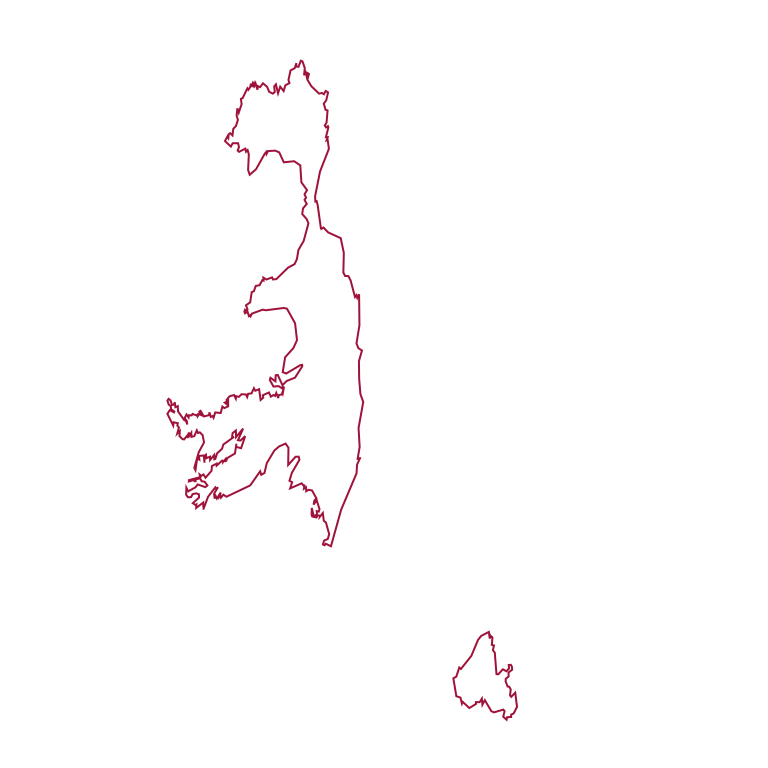 Værøy nor, Norway, rotated 108°
{"feature_id": "86288312B52145854471889", "entity_name": "Værøy nor", "entity_type": "district", "adm_level": 2, "iso_a3": "NOR", "parent_name": "Norway", "parent_adm1": "", "projection": "robinson", "projection_center": [12.676, 67.694], "detail": "fine", "context": "isolated", "style": "outline", "palette": "rose", "viewbox_px": 768, "rotation_deg": 108, "n_neighbors": 0, "source": "geoboundaries", "source_scale": "gbopen_adm2", "svg_char_len": 6167}
<svg xmlns="http://www.w3.org/2000/svg" viewBox="0 0 768 768"><g transform="rotate(108 384 384)"><path d="M516.8,385.9L477.4,382.5L469.0,384.7L462.0,383.9L462.4,385.6L464.3,385.8L451.4,387.7L433.7,394.6L407.5,398.2L400.9,403.3L386.8,409.2L370.0,414.9L359.0,415.3L357.8,419.5L353.9,422.7L335.8,425.5L306.4,435.4L310.4,436.0L308.0,437.7L310.2,438.5L295.9,447.7L292.4,451.2L293.3,454.4L290.6,457.1L271.8,462.7L258.7,470.2L257.1,483.9L253.9,489.9L255.7,491.4L254.3,492.0L255.9,491.9L234.3,502.4L230.9,504.6L231.7,505.6L227.0,507.5L201.7,510.5L177.3,509.1L169.1,513.1L169.9,513.9L166.6,513.8L167.2,515.5L157.1,516.2L156.1,517.0L157.9,518.4L156.4,520.2L153.2,519.4L141.3,522.2L141.2,524.4L135.9,527.9L132.0,526.6L124.0,527.3L123.3,530.0L127.0,530.7L126.4,533.0L127.9,535.4L123.2,545.2L118.2,550.9L112.3,551.2L111.9,552.8L115.1,552.8L110.1,555.8L115.2,555.4L107.9,557.0L102.4,561.2L102.2,563.0L108.7,563.3L109.3,565.6L105.9,566.5L111.2,566.5L114.7,569.8L124.4,568.8L127.0,566.9L130.4,570.1L136.4,570.0L133.3,574.6L140.3,574.6L132.4,579.4L134.9,580.4L140.0,578.1L142.2,579.5L141.6,583.5L137.5,587.0L135.4,592.0L140.0,593.6L139.6,596.2L143.3,595.2L137.7,599.1L140.1,599.3L138.2,600.5L140.5,600.6L138.9,601.8L142.4,601.8L139.5,603.4L142.9,603.0L146.1,603.9L145.0,605.3L155.8,606.8L157.0,608.2L161.9,605.9L170.9,606.0L167.1,608.6L174.1,607.2L177.9,604.6L184.3,604.5L187.9,606.2L194.4,604.9L193.0,607.8L194.4,608.9L198.1,608.1L196.9,609.4L202.1,610.3L205.5,603.0L201.8,602.3L200.1,597.2L203.6,595.1L207.2,595.3L208.0,593.6L203.0,588.6L205.7,587.0L203.7,586.0L207.4,583.5L222.4,579.4L226.5,576.4L219.4,572.1L201.9,568.6L199.7,567.7L201.4,566.8L198.3,566.3L195.7,559.6L196.1,555.2L204.1,547.8L199.9,538.3L201.9,531.2L217.7,524.9L223.4,517.1L228.1,518.2L230.9,515.7L233.4,516.5L236.6,513.1L242.0,515.3L247.6,514.3L251.1,508.4L254.6,505.5L272.8,504.6L283.0,506.8L292.2,505.4L297.6,506.1L303.0,511.2L317.5,518.8L318.9,521.9L317.2,523.4L321.0,528.2L320.1,531.6L322.9,530.5L322.9,531.8L328.5,532.9L330.4,536.3L335.9,536.4L337.5,538.2L347.7,536.5L351.8,539.6L355.2,536.9L356.8,537.8L356.3,539.1L358.2,539.2L359.7,538.0L357.4,536.1L361.2,533.4L360.0,532.6L360.8,531.8L357.9,531.4L350.8,522.4L350.4,519.2L342.6,502.7L342.4,499.5L353.8,487.3L369.2,480.3L377.9,481.3L389.1,486.3L404.0,484.0L404.3,480.3L392.0,469.5L391.1,467.8L392.4,467.2L405.5,470.6L411.2,477.5L416.5,480.2L408.2,487.9L409.2,489.7L415.0,488.1L413.2,493.9L415.5,493.8L420.6,488.3L418.6,483.7L419.7,479.3L418.0,479.5L418.2,478.2L424.1,477.4L423.3,478.0L425.5,478.0L427.2,480.8L430.1,480.2L425.8,483.7L429.0,483.9L428.6,485.7L431.0,487.7L427.6,490.8L432.2,495.8L434.3,494.6L437.3,496.4L427.5,501.2L430.2,504.3L428.2,506.4L433.9,507.1L435.3,510.2L438.7,510.1L436.6,512.1L437.8,516.4L441.1,518.1L441.3,520.8L443.7,520.4L440.8,523.2L443.4,527.1L447.9,528.8L449.1,527.7L450.9,529.7L451.8,527.4L449.0,526.8L453.4,525.3L456.2,528.4L455.4,530.7L462.1,530.4L463.2,535.7L468.8,535.7L467.4,537.1L468.8,538.6L464.9,541.3L467.7,540.8L470.5,545.3L466.2,550.2L467.3,551.1L470.0,548.6L469.8,550.5L472.2,551.2L470.6,551.9L471.9,552.7L471.6,556.8L473.3,557.2L474.0,559.9L476.2,559.5L474.0,562.4L478.0,563.1L480.1,560.1L483.3,558.6L480.1,561.0L480.2,562.7L473.7,571.4L468.8,573.3L470.5,575.2L466.0,577.4L468.6,577.4L469.4,579.2L465.5,582.0L464.7,584.3L466.8,584.8L470.1,582.4L470.9,580.0L473.8,578.7L475.0,574.9L475.9,575.0L475.0,579.6L479.3,580.8L488.7,571.6L485.4,572.2L485.0,568.0L487.4,567.7L488.7,565.6L495.0,565.3L491.8,563.7L496.8,562.4L498.7,558.6L498.5,557.0L492.8,554.8L496.2,554.0L490.5,554.6L493.0,552.9L490.0,552.2L493.8,550.8L492.2,548.3L485.9,547.7L488.1,545.7L486.9,544.2L488.6,540.8L495.2,537.1L506.1,539.1L522.4,538.5L524.2,536.7L514.3,538.4L512.4,537.7L512.9,536.3L509.6,537.8L507.7,533.3L514.3,530.4L508.2,532.4L506.3,531.5L509.4,530.0L506.9,527.0L510.0,525.9L504.0,523.6L508.0,522.1L507.4,521.3L501.4,521.3L495.7,518.0L491.2,518.1L480.6,510.3L481.8,512.0L477.4,512.8L474.0,510.5L480.2,508.3L469.9,504.2L482.6,505.5L482.1,503.0L476.5,499.9L489.2,500.1L489.5,505.4L486.3,505.9L496.2,504.3L502.9,510.2L506.5,510.3L504.2,510.7L507.3,511.3L505.1,511.8L507.7,512.8L506.8,513.0L507.5,514.2L506.1,513.9L513.3,517.9L511.5,518.6L515.2,522.3L519.8,521.2L528.3,524.8L525.8,527.7L527.8,529.4L527.1,531.3L529.3,529.9L535.7,539.8L537.0,539.5L533.3,533.9L534.9,533.9L534.7,533.2L533.2,533.8L530.5,529.8L532.8,527.4L532.4,524.3L535.1,520.6L537.3,522.1L537.1,530.2L540.4,531.3L546.6,537.0L543.7,539.9L550.4,538.0L552.3,535.5L551.2,532.5L547.9,532.0L546.0,528.7L546.1,526.0L549.2,524.8L556.4,529.0L557.4,525.8L556.5,525.2L559.9,524.3L552.6,519.3L557.2,517.7L554.0,517.2L559.3,517.1L545.6,516.5L534.5,512.5L535.6,511.4L533.5,510.0L540.8,511.7L545.3,509.7L542.5,509.5L544.6,507.5L537.7,505.8L541.8,505.4L540.9,505.0L542.5,503.9L538.9,502.6L539.9,499.0L521.8,479.9L505.3,474.8L508.3,472.7L505.6,470.2L495.4,471.0L481.1,467.7L475.7,464.4L471.1,459.2L474.1,455.2L490.6,450.1L480.5,445.6L479.5,442.7L482.2,441.0L497.1,444.2L505.3,444.0L505.8,441.0L512.3,441.0L503.9,431.6L505.8,428.7L504.2,428.5L508.3,427.8L506.3,426.3L510.0,424.8L507.9,423.0L507.5,419.5L513.8,412.8L516.2,414.2L520.5,413.7L515.3,412.1L522.9,406.7L525.5,406.6L525.7,408.7L528.9,407.3L531.3,410.0L524.2,414.4L530.9,412.4L532.2,411.3L531.8,407.0L529.4,406.4L529.0,404.2L530.2,404.0L525.6,402.3L532.7,399.0L533.7,396.4L543.8,389.7L548.8,389.6L551.5,392.6L555.5,392.5L555.7,390.7L553.9,390.1L554.7,384.3L516.8,385.9ZM650.0,157.7L637.0,163.8L642.2,166.3L641.2,167.9L635.3,169.1L633.2,171.4L633.5,173.0L629.1,176.5L626.7,177.1L623.7,175.1L619.9,176.4L616.1,173.8L613.2,175.1L611.9,176.7L612.7,178.5L615.9,177.2L619.4,178.8L618.6,182.8L624.8,185.6L625.1,187.4L605.3,195.6L603.5,198.2L598.7,198.6L598.8,200.8L591.7,202.5L590.9,203.7L592.2,204.5L590.6,205.4L591.5,205.7L587.4,207.7L593.5,213.7L598.3,215.5L615.5,216.9L631.3,222.8L630.4,224.8L640.0,224.8L642.5,227.1L658.6,218.7L658.6,214.4L663.9,211.1L662.0,210.9L665.8,202.7L659.8,197.6L658.1,198.2L657.0,194.7L653.0,193.7L658.6,191.3L653.5,190.4L662.0,180.8L662.3,177.9L656.8,169.9L657.9,168.2L663.6,167.8L665.4,163.7L662.8,163.9L661.4,160.2L659.1,160.9L657.3,158.9L650.0,157.7Z" fill="none" stroke="#9f1239" stroke-width="2"/></g></svg>